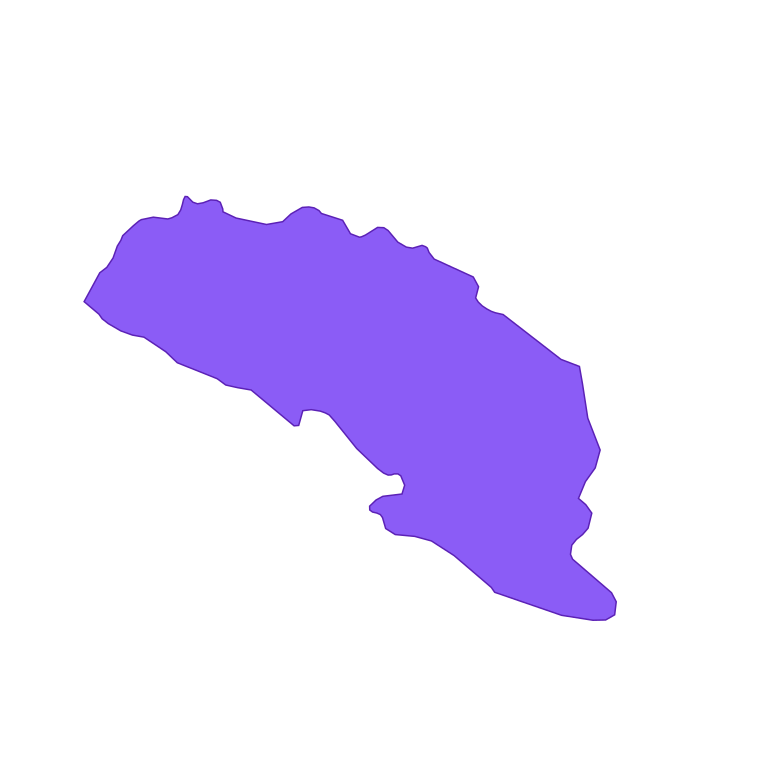 map outline of Põlva (Robinson projection), rotated 25°
{"feature_id": "EST-2347", "entity_name": "Põlva", "entity_type": "County", "adm_level": 1, "iso_a3": "EST", "parent_name": "Estonia", "parent_adm1": "", "projection": "robinson", "projection_center": [27.097, 58.038], "detail": "fine", "context": "isolated", "style": "filled", "palette": "violet", "viewbox_px": 768, "rotation_deg": 25, "n_neighbors": 0, "source": "natural_earth", "source_scale": "10m", "svg_char_len": 1719}
<svg xmlns="http://www.w3.org/2000/svg" viewBox="0 0 768 768"><g transform="rotate(25 384 384)"><path d="M553.7,285.5L563.7,299.8L583.1,328.8L607.8,352.5L610.9,370.8L607.8,387.3L608.6,405.5L617.9,408.1L626.9,413.2L629.9,428.4L627.6,436.5L624.1,443.5L622.3,450.7L625.0,459.6L629.0,463.1L678.4,477.0L686.5,483.2L690.6,495.7L684.6,504.2L673.2,509.8L642.7,518.6L572.4,526.0L572.0,525.8L567.2,523.0L520.1,509.9L493.3,506.2L476.3,509.1L457.8,515.7L446.6,514.3L439.1,505.7L435.9,503.9L432.0,504.0L427.7,504.9L424.3,504.2L422.6,500.8L425.8,492.5L430.4,486.3L446.8,476.1L445.5,467.0L438.0,460.1L434.6,459.6L431.2,461.2L429.1,463.3L426.2,464.8L421.3,464.9L413.9,463.3L386.5,454.0L355.2,438.6L347.4,435.2L343.0,435.0L337.7,435.5L328.9,438.0L321.7,442.5L324.2,457.6L320.2,459.9L266.1,445.6L252.8,449.2L241.0,451.8L230.6,449.7L187.7,452.1L172.6,447.0L146.6,443.0L135.3,446.0L123.1,447.1L108.6,445.8L101.0,444.0L96.2,441.2L77.4,436.1L79.4,403.3L83.5,395.4L85.2,384.3L84.0,371.7L84.8,365.0L84.5,360.0L89.9,346.6L93.0,339.9L94.6,337.6L104.4,330.3L118.3,325.8L121.5,323.0L125.6,317.6L126.2,312.2L125.4,306.5L124.4,301.6L124.5,298.1L126.7,297.3L133.9,300.0L138.8,299.5L143.5,296.2L149.2,290.4L154.7,288.3L158.8,288.5L163.9,293.5L165.3,296.0L179.8,296.1L210.1,289.1L223.6,279.7L227.8,269.2L235.3,258.5L241.1,255.3L246.2,253.9L251.8,254.3L255.2,255.9L277.3,253.1L290.1,262.0L299.8,261.3L301.4,260.1L304.2,256.9L312.0,244.8L317.8,242.4L322.9,243.2L336.6,249.6L346.4,250.5L352.5,248.8L359.9,242.3L363.7,242.0L365.8,242.5L369.3,245.8L376.7,249.6L419.7,249.3L428.6,255.9L430.7,267.3L434.8,269.9L440.0,271.7L445.3,272.5L450.5,272.8L454.8,272.4L462.6,270.7L534.0,286.9L553.7,285.5Z" fill="#8b5cf6" stroke="#5b21b6" stroke-width="1.5"/></g></svg>